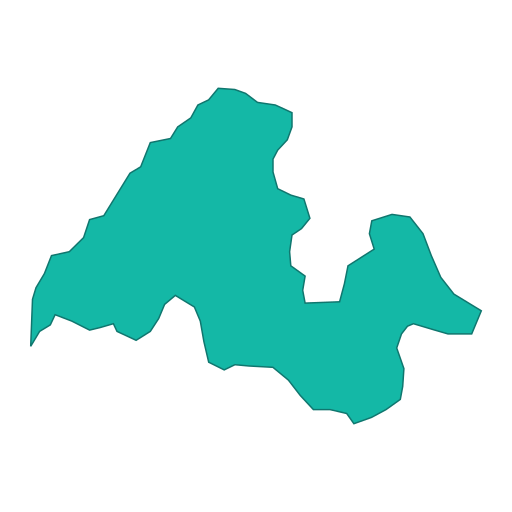 the district of Sunchang-gun, North Jeolla, South Korea, rotated 180°
{"feature_id": "91817680B23901291202395", "entity_name": "Sunchang-gun", "entity_type": "district", "adm_level": 2, "iso_a3": "KOR", "parent_name": "South Korea", "parent_adm1": "North Jeolla", "projection": "equal_earth", "projection_center": [127.087, 35.421], "detail": "fine", "context": "isolated", "style": "filled", "palette": "teal", "viewbox_px": 512, "rotation_deg": 180, "n_neighbors": 0, "source": "geoboundaries", "source_scale": "gbopen_adm2", "svg_char_len": 1275}
<svg xmlns="http://www.w3.org/2000/svg" viewBox="0 0 512 512"><g transform="rotate(180 256 256)"><path d="M262.9,146.0L239.1,144.7L223.6,131.9L211.7,116.5L198.6,102.4L181.9,102.4L165.3,98.5L158.1,88.3L140.3,94.7L126.0,102.4L111.7,112.6L109.3,125.5L108.1,143.4L115.3,164.0L110.5,178.1L104.5,185.8L98.6,188.3L77.2,181.9L64.1,178.1L40.3,178.1L30.7,201.2L58.1,217.9L71.2,234.6L80.7,256.4L89.0,278.3L102.1,295.0L120.0,297.6L140.2,291.2L142.6,278.3L137.8,262.9L164.0,246.2L167.6,228.2L172.4,210.2L206.9,208.9L209.3,221.7L206.9,235.9L221.2,246.2L222.4,260.3L220.0,277.0L210.5,283.4L202.1,293.7L208.1,313.0L221.2,316.9L234.3,323.3L239.0,340.0L239.0,352.9L234.3,361.9L224.7,372.2L220.0,385.1L220.0,399.3L236.7,407.0L254.5,409.6L266.4,418.6L268.6,419.4L277.2,422.5L293.8,423.7L303.4,412.1L314.1,407.0L321.2,394.1L334.3,385.1L341.5,373.5L361.7,369.4L371.3,345.2L382.0,338.8L408.2,296.3L422.4,292.4L428.4,274.4L442.7,260.3L460.5,256.4L467.6,238.4L476.0,224.3L479.5,212.7L481.3,165.7L472.4,180.6L461.7,187.1L456.9,197.3L440.2,190.9L422.4,181.9L411.7,184.5L398.6,188.3L395.0,180.6L375.9,171.7L361.7,180.6L353.3,193.5L347.4,207.6L336.7,216.6L317.6,205.0L311.7,190.9L308.1,170.4L303.3,149.8L287.8,142.1L277.1,147.3L262.9,146.0Z" fill="#14b8a6" stroke="#0f766e" stroke-width="1.5"/></g></svg>